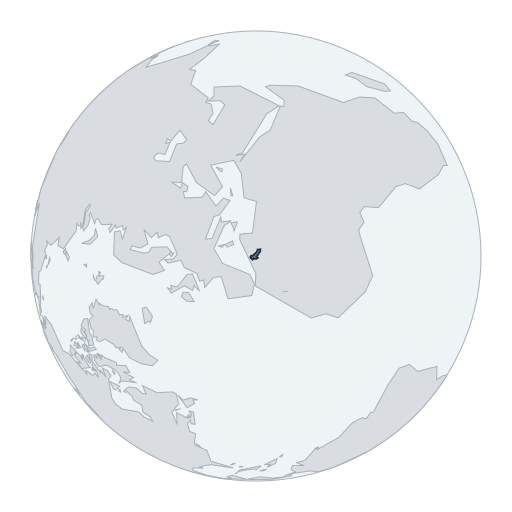 Djelfa on an orthographic globe, rotated 258°
{"feature_id": "DZA-2212", "entity_name": "Djelfa", "entity_type": "Province", "adm_level": 1, "iso_a3": "DZA", "parent_name": "Algeria", "parent_adm1": "", "projection": "orthographic", "projection_center": [3.218, 34.323], "detail": "medium", "context": "on_globe", "style": "filled", "palette": "slate", "viewbox_px": 512, "rotation_deg": 258, "n_neighbors": 0, "source": "natural_earth", "source_scale": "10m", "svg_char_len": 10872}
<svg xmlns="http://www.w3.org/2000/svg" viewBox="0 0 512 512"><g transform="rotate(258 256 256)"><circle cx="256" cy="256" r="225" fill="#eef3f6" stroke="#a8b0b8"/><path d="M123.1,74.1L137.5,65.3L131.6,69.1L136.5,66.5L144.2,61.8L148.0,59.5L175.3,48.7L201.7,39.8L207.1,37.3L208.3,38.0L216.3,34.3L225.2,32.8L226.7,32.6L216.5,34.6L216.7,34.9L226.1,33.2L228.2,33.3L234.0,32.8L235.8,33.2L228.5,35.1L229.5,35.7L236.1,34.5L242.0,34.7L232.2,36.2L241.5,36.9L231.1,41.6L203.6,47.5L199.5,52.6L175.7,65.9L179.6,65.9L173.1,71.7L175.2,74.0L170.2,76.4L176.2,76.3L180.4,73.8L184.4,73.0L186.0,74.4L179.9,77.4L178.2,77.2L177.3,78.8L173.5,79.9L176.3,80.1L168.7,84.0L178.5,82.3L174.4,87.2L168.8,89.2L166.4,86.2L147.4,85.4L140.9,87.6L134.2,93.2L127.7,109.0L121.7,113.0L115.9,120.5L120.4,119.3L126.7,113.1L133.8,113.2L140.5,106.3L144.4,105.6L152.5,100.1L154.4,104.2L151.9,111.3L145.2,116.3L143.9,119.8L152.8,118.1L142.8,130.9L140.5,146.0L137.6,149.4L127.3,149.5L120.9,141.3L107.6,143.8L119.3,145.8L111.8,155.0L111.9,158.3L114.2,160.2L118.2,158.2L116.3,162.4L104.0,161.4L105.5,157.6L109.4,157.8L106.3,154.2L98.0,154.7L94.8,159.9L85.5,156.8L83.1,160.7L79.8,162.5L84.2,156.4L76.1,167.6L64.7,169.2L53.4,189.6L61.1,169.1L61.7,162.6L61.5,157.1L59.5,160.3L61.8,150.2L59.4,149.7L51.7,162.4L45.5,176.9L43.5,186.1L46.1,182.1L46.5,187.1L39.5,200.5L39.1,214.2L35.2,226.6L34.2,236.9L35.6,240.7L36.6,249.7L39.7,245.9L43.5,248.1L41.2,259.3L45.2,252.8L46.1,261.7L55.2,274.0L53.9,275.5L61.3,299.1L73.0,315.9L75.7,326.4L73.9,330.1L78.9,335.3L79.0,338.5L102.0,357.8L116.5,372.7L118.0,383.5L109.5,390.1L110.4,410.0L97.5,407.0L100.0,413.7L100.1,418.2L91.5,409.9L96.2,414.8L84.7,402.3L74.1,389.0L64.6,374.9L56.2,360.1L52.8,353.1L48.6,343.6L41.9,326.0L33.1,288.1L32.6,280.1L31.9,272.4L34.4,264.8L35.6,247.9L35.2,242.9L33.7,245.6L34.1,226.4L36.8,211.7L45.3,176.3L51.6,161.3L59.0,146.8L67.4,132.8L76.8,119.5L87.1,106.9L98.3,95.1L110.3,84.2L123.1,74.1ZM50.0,195.5L49.8,217.5L46.7,211.6L47.9,211.2L48.6,204.1L48.9,194.6L47.1,190.3L50.0,195.5ZM57.0,190.4L56.8,187.5L57.4,189.6L57.0,190.4ZM149.4,58.6L144.1,61.8L136.4,66.3L140.5,63.5L149.4,58.6ZM164.5,51.5L162.6,52.6L157.3,54.5L160.0,53.2L164.5,51.5ZM210.4,35.9L205.7,37.0L209.5,35.9L210.4,35.9ZM234.5,32.6L235.1,32.4L237.9,32.3L234.5,32.6ZM151.0,98.4L151.7,99.2L149.8,99.8L151.0,98.4ZM153.8,95.3L151.0,95.3L151.9,93.9L153.6,93.9L153.8,95.3ZM243.1,33.0L247.2,33.2L241.7,33.3L243.1,33.0ZM157.0,95.7L153.9,91.4L155.6,89.0L163.4,87.2L157.0,95.7ZM248.8,33.5L259.0,34.5L261.3,33.8L260.5,36.8L252.1,34.7L245.0,34.7L249.1,34.1L248.8,33.5ZM181.0,72.5L176.6,75.2L178.8,71.8L181.0,72.5ZM181.4,70.5L182.2,62.1L189.5,59.1L187.8,62.3L196.0,57.8L199.1,60.4L195.3,63.5L190.0,64.8L195.2,64.9L181.4,70.5ZM258.5,38.6L259.8,39.4L257.0,39.0L258.5,38.6ZM186.2,72.5L185.7,70.9L192.0,68.1L194.1,70.8L191.4,70.8L186.2,72.5ZM196.6,55.6L201.6,54.2L205.5,55.9L208.0,55.7L199.8,60.3L196.6,55.6ZM190.8,72.1L195.0,72.4L193.5,75.0L187.1,73.9L190.8,72.1ZM192.7,66.3L195.8,65.2L194.8,66.7L192.7,66.3ZM190.6,85.1L189.9,82.8L193.1,81.1L190.6,85.1ZM196.6,72.3L197.1,71.4L198.3,70.6L200.7,71.3L196.6,72.3ZM203.1,61.3L203.7,62.4L206.7,59.4L209.8,60.9L203.7,63.8L207.6,63.2L208.6,63.6L202.6,65.6L203.1,61.3ZM206.7,69.7L200.1,74.5L200.7,78.8L197.8,80.3L197.4,73.2L206.7,69.7ZM204.8,67.1L205.3,69.0L201.5,69.7L198.8,68.9L204.8,67.1ZM214.0,60.9L210.9,57.9L212.3,57.4L214.0,60.9ZM207.6,70.8L209.2,69.6L208.1,71.0L207.6,70.8ZM212.9,63.7L211.6,62.6L213.3,62.0L212.9,63.7ZM213.4,68.4L211.3,69.8L209.4,69.2L213.4,68.4ZM213.8,66.1L216.4,65.6L210.0,68.1L212.9,65.7L213.8,66.1ZM214.7,63.3L215.2,62.6L215.0,63.9L214.7,63.3ZM221.9,70.2L214.3,73.6L210.1,72.0L218.1,68.9L221.9,70.2ZM317.3,39.2L312.6,38.5L289.4,35.4L299.5,36.5L299.2,37.2L304.1,38.2L311.0,39.3L310.6,38.9L332.1,47.2L352.8,55.1L346.4,51.0L348.0,51.0L366.0,59.4L399.0,82.0L406.9,88.7L407.1,89.0L403.1,85.5L411.0,93.0L405.6,88.4L414.4,97.1L417.2,99.1L412.2,93.8L422.1,104.0L423.0,104.8L436.2,120.8L447.8,137.9L457.9,156.0L462.9,166.9L463.8,168.9L473.7,198.0L477.1,213.0L478.3,219.6L475.8,207.1L471.0,193.5L472.5,202.5L470.0,195.5L463.6,187.7L464.4,200.7L467.2,232.3L471.6,251.4L470.8,264.2L459.9,245.9L452.4,229.8L450.1,235.6L437.5,227.9L420.5,242.2L416.7,238.7L413.8,243.8L404.7,243.7L398.2,237.6L393.4,241.2L410.3,257.0L415.3,253.3L417.5,241.5L421.4,248.3L430.0,250.1L425.7,275.5L398.1,309.9L393.0,296.2L359.6,264.2L359.3,258.9L359.0,258.4L358.5,257.6L357.9,266.4L351.3,259.6L371.7,284.3L376.2,296.1L397.7,311.0L396.3,314.1L402.5,316.0L419.5,300.5L420.1,305.5L413.5,332.6L387.9,373.6L390.0,390.1L385.9,405.2L367.0,420.8L365.7,430.1L355.5,436.5L352.9,441.8L343.1,449.2L327.7,457.2L304.8,461.9L305.6,458.1L297.7,451.3L287.6,429.8L295.8,417.0L294.8,407.4L277.9,386.0L281.8,372.0L276.7,366.6L266.5,368.7L260.3,361.9L253.9,362.0L212.4,366.1L198.4,355.6L178.5,323.5L185.0,312.1L183.8,297.3L226.9,249.0L238.7,252.2L275.6,243.5L280.7,244.9L279.2,257.3L309.2,267.8L315.5,256.4L339.8,258.8L354.2,254.1L354.3,230.5L330.7,237.7L323.8,228.0L340.4,212.9L360.6,207.2L358.6,203.3L343.4,198.5L345.7,189.2L337.9,196.2L342.9,199.3L338.1,204.0L333.4,201.6L334.3,198.2L327.6,198.3L324.7,215.3L329.4,220.2L313.1,227.2L319.4,236.3L315.8,242.1L303.9,228.9L303.3,223.2L283.1,210.1L282.3,216.6L301.3,229.6L296.5,229.3L295.6,239.1L292.4,231.3L271.9,216.3L255.7,221.7L239.1,246.3L228.7,248.5L218.2,243.7L220.0,219.7L243.0,217.7L244.0,210.1L235.8,199.3L243.5,200.0L242.9,195.6L251.3,194.6L259.5,183.5L267.4,181.6L267.4,168.4L271.4,165.9L270.3,174.3L273.8,179.4L293.1,175.5L295.8,172.2L294.2,164.2L299.7,164.5L295.7,157.3L305.2,151.9L290.2,152.8L287.9,144.3L291.8,136.7L288.4,134.3L282.1,146.9L282.0,151.9L286.2,155.8L283.5,170.7L277.6,174.1L270.2,159.8L261.0,163.4L259.3,151.4L277.4,123.5L286.6,117.0L309.0,122.6L308.8,128.3L300.6,128.9L311.2,135.5L308.9,131.5L313.5,132.0L312.4,124.9L315.6,125.0L309.2,118.2L313.0,117.6L317.0,121.9L318.7,111.6L325.7,109.0L324.5,106.7L321.3,105.0L332.4,103.2L331.0,101.6L326.9,101.5L321.5,98.5L316.4,92.7L320.5,92.4L322.9,94.4L334.1,98.6L339.9,104.7L341.1,104.0L337.0,98.8L323.3,93.5L319.0,90.2L325.6,91.8L322.9,90.9L322.1,89.2L325.1,87.4L317.9,85.3L303.1,69.0L307.5,64.5L315.0,67.3L309.0,57.6L314.4,54.5L310.5,54.3L305.1,50.2L303.3,51.1L301.1,50.7L286.3,42.3L286.0,40.5L275.3,37.8L273.3,37.9L272.9,38.9L260.5,36.8L261.3,33.8L265.8,33.7L263.3,32.4L273.7,32.8L281.2,32.9L294.1,35.0L298.9,35.5L297.3,35.0L302.7,35.6L309.2,37.1L317.3,39.2ZM215.3,275.1L214.9,279.7L215.3,275.1ZM384.4,212.5L394.9,207.6L385.9,196.4L389.2,193.8L384.9,191.1L385.2,195.6L374.2,188.0L377.2,181.5L373.7,176.3L370.0,177.8L366.3,191.0L382.1,201.7L381.5,208.6L384.4,212.5ZM55.6,274.2L56.4,277.9L54.7,275.9L55.6,274.2ZM44.7,215.0L45.4,218.0L45.3,221.1L44.4,219.6L44.7,215.0ZM54.9,237.5L56.5,241.4L54.1,239.2L54.9,237.5ZM50.1,220.7L53.5,234.7L49.0,231.9L47.1,223.2L49.3,226.5L50.1,220.7ZM53.3,195.4L53.4,197.9L52.3,199.4L53.3,195.4ZM57.5,192.0L57.2,191.5L57.8,189.1L57.5,192.0ZM112.6,155.0L113.5,155.2L115.0,157.8L112.9,158.0L112.6,155.0ZM130.8,162.4L127.4,169.1L128.3,164.2L124.6,165.4L121.9,157.1L136.0,150.6L130.1,154.8L130.8,162.4ZM122.2,145.0L122.3,150.5L121.6,144.8L122.2,145.0ZM231.9,174.7L235.8,177.2L234.3,182.3L224.2,186.2L226.3,178.7L231.9,174.7ZM241.8,179.8L237.2,165.4L243.3,162.9L240.7,166.6L245.1,166.4L242.1,172.4L252.3,184.8L251.7,190.2L233.4,193.5L239.8,189.2L235.5,186.8L241.8,179.8ZM214.9,137.9L213.0,133.1L228.6,133.8L228.6,138.3L218.5,142.1L212.7,139.0L214.9,137.9ZM171.3,93.9L169.6,93.0L171.3,92.0L174.2,92.0L171.3,93.9ZM190.0,84.2L180.7,97.4L178.2,96.9L175.7,106.0L168.3,108.2L170.1,102.1L162.5,111.1L161.2,106.5L156.8,112.9L161.7,99.1L160.3,95.8L164.7,98.5L171.6,96.4L174.2,94.5L180.3,86.9L180.5,79.3L187.4,76.5L192.2,76.6L193.2,77.9L188.4,79.2L193.2,80.1L187.0,83.1L190.0,84.2ZM244.4,86.1L238.4,85.8L246.9,90.6L240.8,92.6L242.2,93.0L238.9,96.3L237.2,101.3L234.1,101.6L234.8,103.5L232.6,105.9L232.6,108.6L226.8,110.4L226.3,113.9L223.9,112.8L224.5,118.6L221.5,115.1L218.4,118.3L223.0,120.0L192.1,125.3L181.6,131.2L174.4,138.2L170.2,132.0L174.2,121.8L182.6,111.2L193.4,106.8L189.5,105.1L193.5,102.6L194.9,105.0L195.2,100.0L198.9,98.7L206.3,90.9L204.5,85.0L207.2,82.3L209.7,83.9L210.6,80.1L217.3,81.5L219.4,79.7L228.1,79.6L231.8,84.3L233.9,82.0L240.5,82.1L244.4,86.1ZM224.3,70.3L230.2,74.9L229.8,78.4L214.9,77.2L212.1,78.7L202.5,78.6L203.4,73.7L206.0,74.1L208.8,73.4L207.4,75.2L210.6,73.2L214.4,73.8L217.9,72.6L218.8,74.3L224.3,70.3ZM284.8,239.7L288.4,239.7L293.7,238.4L293.2,244.8L284.8,239.7ZM270.7,229.6L273.7,228.5L275.6,236.3L271.9,236.5L270.7,229.6ZM273.7,221.4L273.7,227.8L271.5,224.5L273.7,221.4ZM272.9,172.9L276.0,171.5L276.9,173.2L276.0,176.3L272.9,172.9ZM268.3,103.0L265.0,101.7L265.5,100.6L261.1,95.6L265.3,94.1L269.6,96.5L268.3,103.0ZM351.2,235.6L348.1,241.2L345.5,239.9L347.1,238.2L351.2,235.6ZM320.0,244.0L327.9,245.1L319.8,245.8L320.0,244.0ZM272.2,100.5L269.9,98.5L273.4,99.0L272.2,100.5ZM268.1,92.7L271.9,92.8L265.3,93.3L268.1,92.7ZM415.6,388.0L397.6,417.5L389.5,421.7L390.3,416.0L398.6,399.7L408.8,390.6L414.4,381.1L415.6,388.0ZM480.3,235.5L480.1,233.7L479.9,230.7L480.3,235.5ZM472.2,252.6L475.3,260.3L474.4,264.8L472.2,252.6ZM304.6,88.1L306.1,96.5L309.9,102.3L316.4,104.8L307.9,105.2L302.0,96.2L304.6,88.1ZM302.9,71.2L297.1,69.5L299.1,68.3L300.7,68.5L302.9,71.2ZM299.8,71.6L293.8,73.3L290.2,71.2L295.7,70.2L299.8,71.6ZM283.2,86.0L283.3,88.5L280.5,88.0L283.2,86.0ZM356.1,54.2L345.3,50.0L341.3,48.6L348.2,50.4L350.5,51.5L354.0,53.1L356.1,54.2ZM261.7,39.0L260.0,39.3L260.2,38.6L261.7,39.0ZM300.3,51.3L297.2,50.7L297.5,49.6L300.3,51.3ZM289.0,48.6L290.8,50.2L287.1,48.6L289.0,48.6ZM295.1,54.0L290.7,50.9L297.4,53.7L295.1,54.0Z" fill="#d9dde1" stroke="#a8b0b8" stroke-width="1"/><path d="M261.8,261.8L259.2,261.1L259.0,260.5L258.8,260.3L258.8,260.2L258.7,260.1L257.4,259.0L256.0,257.5L255.8,257.0L255.7,256.9L255.7,256.6L255.6,256.4L255.3,256.3L255.2,256.2L254.8,256.5L254.7,256.7L254.5,256.8L254.2,256.8L254.1,257.0L254.1,257.4L254.1,257.5L253.6,257.6L253.5,257.2L253.6,256.9L253.5,256.6L253.3,256.4L253.2,255.9L253.0,255.6L253.0,255.4L253.1,255.0L253.2,254.9L253.2,254.7L253.3,254.2L253.5,254.0L253.6,253.8L253.8,253.3L254.0,253.3L254.1,253.2L253.3,252.5L253.3,252.4L253.2,252.2L253.0,251.6L253.6,251.4L253.8,251.4L254.1,251.6L254.3,251.5L254.5,251.3L254.6,251.2L255.0,250.9L255.0,250.5L254.9,250.3L255.0,250.2L255.3,250.2L255.3,250.4L255.4,250.5L255.5,250.7L255.9,250.6L256.0,250.5L256.0,250.3L256.1,250.2L256.2,250.3L256.3,250.4L256.5,250.4L256.7,250.7L257.1,251.0L257.5,251.4L257.5,251.5L257.4,251.8L257.4,252.1L256.8,252.7L257.0,253.1L257.3,253.1L257.2,253.1L257.2,253.3L257.2,253.5L257.2,253.8L257.3,253.8L257.4,254.0L257.5,254.2L258.2,254.3L258.3,254.4L258.3,254.6L258.4,255.1L258.5,255.2L258.6,255.5L258.7,255.8L258.8,255.9L259.0,256.1L259.2,256.3L259.2,256.5L259.3,256.6L259.5,256.7L259.6,256.8L259.6,257.3L259.9,257.5L262.2,258.9L261.9,259.4L261.8,259.8L261.7,260.2L261.8,261.8Z" fill="#64748b" stroke="#1e293b" stroke-width="1.5"/></g></svg>